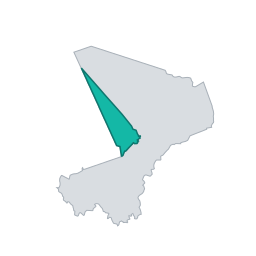 Goundam, Timbuktu, Mali (highlighted), rotated 341°
{"feature_id": "8926073B20620148277365", "entity_name": "Goundam", "entity_type": "district", "adm_level": 2, "iso_a3": "MLI", "parent_name": "Mali", "parent_adm1": "Timbuktu", "projection": "robinson", "projection_center": [-4.645, 19.527], "detail": "fine", "context": "in_parent", "style": "filled", "palette": "teal", "viewbox_px": 256, "rotation_deg": 341, "n_neighbors": 0, "source": "geoboundaries", "source_scale": "gbopen_adm2", "svg_char_len": 6409}
<svg xmlns="http://www.w3.org/2000/svg" viewBox="0 0 256 256"><g transform="rotate(341 128 128)"><path d="M50.5,190.1L50.6,189.2L49.9,188.6L49.9,188.3L50.3,185.6L50.2,185.0L50.5,183.6L50.1,183.0L50.0,182.6L48.9,180.9L48.5,179.4L48.0,178.5L46.7,178.2L46.2,179.0L45.9,179.1L45.4,178.6L45.3,178.1L45.3,177.6L43.6,175.3L43.7,174.1L44.3,173.5L44.6,172.4L44.0,171.2L44.1,170.1L44.0,168.4L43.0,167.0L42.4,166.4L41.8,165.4L42.3,163.1L41.3,161.2L43.2,162.0L44.0,161.2L44.9,160.3L45.6,158.9L46.0,157.3L46.1,155.9L46.9,153.8L47.8,152.7L49.6,151.2L50.1,151.4L53.1,154.6L54.7,156.2L55.4,157.1L55.9,157.1L56.8,155.5L57.7,154.1L58.0,153.8L61.0,153.6L62.6,153.9L64.0,154.3L66.0,154.4L71.2,153.4L71.2,152.7L71.2,152.0L71.4,151.4L71.8,150.9L72.2,150.7L72.3,152.6L72.8,152.8L74.0,152.9L112.5,152.9L114.1,143.5L111.3,140.0L101.5,38.7L119.8,38.7L122.9,41.0L181.9,85.5L182.2,87.0L182.1,89.0L182.6,89.6L183.4,90.2L186.8,92.1L187.1,92.5L187.2,93.3L187.6,94.2L188.3,94.8L189.1,95.2L190.2,95.5L193.2,95.8L193.8,96.2L195.2,98.0L195.9,98.4L200.0,99.3L201.3,99.8L202.7,100.6L203.5,101.3L203.5,104.1L204.1,105.9L204.1,106.3L203.5,107.0L203.3,107.6L202.6,109.0L202.7,109.6L204.2,110.6L204.9,110.9L205.7,110.9L214.3,109.1L214.7,134.9L214.4,135.3L214.2,139.9L213.6,142.6L212.5,144.6L211.8,147.5L211.4,148.1L211.1,149.8L210.5,150.8L209.4,151.2L207.4,153.1L207.3,154.6L202.6,153.8L202.3,153.8L202.1,154.0L202.0,154.8L190.0,155.3L184.1,155.6L180.4,159.1L178.0,159.4L175.0,159.1L173.5,159.1L172.9,159.3L172.7,160.0L168.0,158.2L166.2,158.7L165.9,158.5L165.7,158.2L164.8,158.0L163.4,158.1L162.5,158.3L159.4,161.1L157.8,161.8L154.8,163.4L152.6,164.8L151.9,165.1L150.7,165.1L149.7,165.4L148.8,168.6L148.3,168.9L144.6,167.6L143.9,167.8L143.3,168.2L141.3,170.0L140.3,171.5L139.7,173.5L139.8,174.8L139.5,175.1L138.5,175.3L136.8,174.8L136.3,175.0L136.1,176.0L136.1,178.1L135.8,179.6L134.8,180.0L134.0,180.6L133.4,180.7L132.9,180.6L130.0,178.4L129.0,178.1L127.9,178.3L126.8,179.3L124.9,181.5L125.1,182.3L125.7,183.2L126.0,184.4L126.0,185.4L123.3,186.9L124.0,188.0L123.9,190.9L122.7,192.2L122.2,193.1L121.0,194.0L120.0,194.6L116.8,195.4L115.4,196.3L114.8,197.0L114.7,197.8L114.8,198.8L115.4,200.7L115.2,202.5L114.7,204.5L114.2,205.4L112.7,206.5L112.9,207.8L113.0,209.7L112.8,212.2L112.3,213.9L112.0,213.7L110.5,213.8L108.9,214.3L108.4,214.7L108.3,215.3L106.9,216.7L106.1,216.6L105.2,216.2L104.8,215.9L104.7,215.6L105.3,214.6L105.3,214.2L104.8,212.3L104.9,211.8L104.7,210.4L102.8,210.9L102.7,211.2L103.0,212.1L102.8,212.3L102.2,212.3L101.3,212.0L100.4,211.1L100.2,211.4L100.1,212.1L100.0,212.8L100.2,214.3L100.0,214.8L98.5,214.7L97.3,214.9L96.9,215.4L96.8,216.0L97.1,216.6L97.1,216.9L96.5,217.3L96.3,217.3L95.6,216.6L92.9,215.9L92.7,214.9L92.3,214.9L91.5,213.7L91.1,213.8L90.8,213.9L89.7,213.9L88.8,214.9L88.1,216.2L87.4,216.8L86.3,217.1L86.4,216.2L86.1,215.1L83.7,213.7L83.3,213.2L82.8,210.0L82.8,209.1L82.9,208.2L82.9,207.6L82.6,207.1L81.9,206.6L81.2,206.4L80.2,207.0L79.8,207.1L79.4,207.1L79.1,206.9L79.2,206.6L80.2,204.9L80.7,204.1L81.7,203.3L82.0,202.9L82.0,202.6L81.9,202.3L81.2,202.0L80.2,201.2L79.6,201.2L79.2,200.8L78.7,199.6L78.5,199.3L78.0,199.2L77.5,198.9L77.6,195.9L76.6,193.7L75.7,190.8L75.2,190.1L74.4,189.6L73.4,189.2L72.5,189.1L71.5,189.4L71.5,189.6L72.1,190.6L72.2,191.1L72.1,191.6L71.9,191.9L70.6,192.2L68.7,193.2L68.1,194.4L67.7,194.6L67.0,194.4L62.2,192.4L60.2,193.3L58.9,195.1L58.6,195.7L58.0,196.2L57.6,196.2L57.3,195.8L55.9,193.1L55.3,192.5L54.5,192.5L53.9,192.9L53.2,193.8L52.4,194.7L51.8,194.9L51.4,194.8L49.4,193.0L49.3,192.6L50.2,190.4L50.5,190.1Z" fill="#d9dde1" stroke="#a8b0b8" stroke-width="1"/><path d="M115.5,150.8L115.6,150.7L116.0,150.3L116.0,150.2L116.4,149.8L116.5,149.7L116.8,149.4L117.0,149.2L117.3,148.9L117.5,148.8L117.8,149.0L118.0,149.1L118.4,149.0L118.5,149.0L118.7,148.9L118.8,148.9L119.0,148.8L119.1,148.7L119.3,148.6L119.5,148.5L119.6,148.4L119.8,148.4L120.0,148.2L120.3,148.1L120.5,148.0L120.5,147.9L120.8,147.8L120.9,147.7L121.0,147.7L121.3,147.5L121.6,147.3L121.8,147.2L122.0,147.1L122.3,147.0L122.3,146.9L122.5,146.9L122.7,146.7L122.8,146.7L123.0,146.6L123.3,146.4L123.5,146.3L123.6,146.2L123.8,146.2L124.0,146.1L124.3,145.9L124.5,145.8L124.7,145.7L124.9,145.6L125.0,145.6L125.2,145.4L125.3,145.4L125.6,145.3L125.7,145.2L125.8,145.1L126.0,145.0L126.1,144.9L126.3,144.8L126.5,144.8L126.5,144.7L126.9,144.5L127.0,144.4L127.3,144.3L127.4,144.2L127.5,144.2L127.8,144.0L127.9,143.9L128.0,143.9L128.3,143.7L128.4,143.8L128.5,143.8L128.7,144.1L128.7,144.3L128.8,144.4L128.8,144.5L129.0,144.8L129.2,145.0L129.3,145.0L129.5,145.1L130.0,145.2L130.3,145.2L130.5,145.3L130.9,145.4L131.0,145.5L131.3,145.4L131.6,145.5L131.7,145.3L132.1,145.1L132.5,144.9L132.5,144.7L132.6,144.0L132.9,143.6L133.2,143.8L133.4,143.8L133.6,143.8L133.6,143.6L133.4,143.4L133.1,143.1L133.2,142.9L132.9,142.6L132.9,142.3L133.1,142.3L133.3,142.2L133.6,142.2L133.9,142.2L134.3,142.0L134.6,141.8L134.9,141.6L135.3,141.5L135.5,141.3L135.9,141.5L136.0,141.0L136.1,140.8L136.6,140.4L136.8,140.1L137.0,139.8L136.9,139.4L136.7,139.4L136.5,139.5L136.3,139.5L136.0,139.5L135.7,139.4L135.3,139.3L135.3,139.1L135.4,138.9L135.5,138.6L135.4,138.2L135.3,137.9L135.2,137.6L135.1,137.3L135.0,136.3L134.9,132.8L133.6,131.7L132.4,130.9L132.2,130.0L132.1,128.7L132.0,127.4L126.9,113.2L116.3,87.7L112.9,79.3L103.4,56.1L103.6,58.0L103.9,61.1L104.0,61.8L104.1,62.7L104.2,64.5L104.5,66.8L104.7,69.1L104.9,71.9L105.2,74.8L105.4,76.0L105.6,78.5L105.8,80.7L106.0,83.0L106.3,85.6L106.4,86.6L106.4,86.8L106.5,87.6L106.7,90.0L106.9,92.3L107.2,94.8L107.5,97.9L107.5,98.2L107.5,98.3L107.5,98.9L107.5,99.4L107.8,101.8L107.8,102.7L107.9,102.8L108.0,104.0L108.2,106.4L108.3,107.7L108.4,108.6L108.5,109.1L108.6,110.8L108.7,111.8L108.9,113.1L109.0,114.4L109.1,115.7L109.3,117.1L109.4,118.4L109.5,119.0L109.5,119.8L109.7,121.8L109.8,122.9L109.9,124.0L110.1,125.4L110.2,126.9L110.3,128.1L110.4,129.4L110.6,130.9L110.7,132.4L110.9,133.9L111.0,134.9L111.0,135.1L111.1,136.7L111.2,137.7L111.4,139.2L111.5,140.4L111.5,140.9L112.8,141.8L114.4,142.9L114.3,143.2L114.3,143.7L114.1,144.7L114.0,145.2L113.7,146.7L113.7,146.9L113.5,147.7L113.5,147.9L113.4,148.3L113.2,149.4L113.2,149.5L113.2,149.8L113.0,150.9L112.7,152.0L112.6,152.8L112.4,152.9L112.7,152.8L113.3,152.6L114.2,152.3L114.2,152.2L114.3,152.2L114.5,152.0L114.5,151.9L114.7,151.7L114.8,151.7L115.0,151.4L115.2,151.2L115.3,151.1L115.4,150.9L115.5,150.8L115.5,150.8Z" fill="#14b8a6" stroke="#0f766e" stroke-width="1.5"/></g></svg>